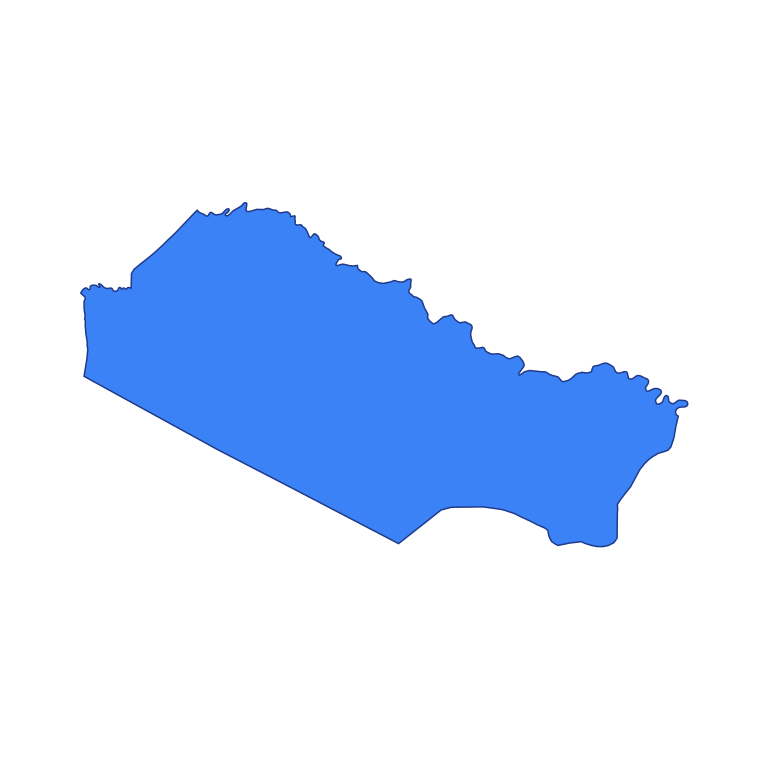 Su-Ngai Kolok, Narathiwat, Thailand (Natural Earth projection), rotated 252°
{"feature_id": "78962969B19527388455587", "entity_name": "Su-Ngai Kolok", "entity_type": "district", "adm_level": 2, "iso_a3": "THA", "parent_name": "Thailand", "parent_adm1": "Narathiwat", "projection": "natural_earth1", "projection_center": [102.011, 6.069], "detail": "fine", "context": "isolated", "style": "filled", "palette": "blue", "viewbox_px": 768, "rotation_deg": 252, "n_neighbors": 0, "source": "geoboundaries", "source_scale": "gbopen_adm2", "svg_char_len": 6171}
<svg xmlns="http://www.w3.org/2000/svg" viewBox="0 0 768 768"><g transform="rotate(252 384 384)"><path d="M606.9,260.2L606.1,258.1L592.0,232.0L587.7,222.9L584.4,216.4L580.3,207.5L576.9,199.1L573.6,190.0L570.4,181.9L567.1,178.0L553.3,173.1L554.3,171.8L554.8,170.5L554.7,169.7L554.0,168.3L554.0,167.7L555.4,166.6L555.9,165.7L555.9,165.3L555.2,164.4L555.2,163.9L555.6,163.4L557.1,163.1L557.5,162.5L557.5,161.9L557.2,161.3L555.5,159.8L555.1,159.1L555.1,157.5L555.4,156.2L556.4,155.4L558.5,155.0L559.2,154.6L559.7,153.7L560.3,150.5L561.1,148.9L562.5,147.5L565.9,145.7L566.9,144.8L567.3,144.1L567.3,143.7L566.9,143.4L564.5,143.9L564.0,143.7L563.9,143.3L563.9,142.9L564.3,142.3L566.1,141.2L566.8,140.5L567.4,139.3L568.0,137.4L568.1,136.2L567.8,135.1L567.4,134.7L565.5,134.0L565.0,133.5L564.8,133.0L564.9,132.5L565.2,132.1L567.0,130.9L567.5,130.2L567.6,129.7L567.5,128.8L566.8,126.7L564.4,123.8L563.6,123.9L559.4,126.4L558.9,126.5L558.1,126.4L557.1,126.0L555.1,124.2L550.0,122.6L547.6,121.9L541.1,120.8L538.4,119.4L536.0,119.4L532.6,118.1L526.4,116.6L523.9,116.0L515.4,114.7L513.3,113.8L508.3,112.9L499.5,109.1L484.0,101.1L373.5,205.0L315.5,262.3L227.7,348.5L246.5,399.3L246.0,409.9L236.5,440.3L228.7,456.4L226.2,460.3L220.5,468.0L214.5,474.1L208.5,480.6L202.7,486.4L197.8,491.9L196.0,493.5L193.5,494.6L189.9,493.9L186.1,494.0L182.4,494.7L178.8,497.5L176.8,499.5L175.8,507.2L175.6,510.2L173.1,522.8L170.3,525.9L166.4,531.4L163.6,536.4L161.8,541.6L161.1,547.2L162.0,553.5L165.3,558.0L189.9,566.3L192.3,567.4L197.5,568.8L201.1,573.4L205.3,579.5L210.0,586.7L223.5,600.8L227.7,607.1L230.6,613.0L232.0,617.4L233.3,623.5L233.1,631.1L233.4,633.9L235.5,637.4L242.9,642.9L254.2,648.9L262.5,654.0L263.8,652.8L264.7,652.5L266.6,652.4L268.0,652.9L269.2,654.0L269.9,655.1L270.5,656.7L270.5,658.4L269.3,663.0L269.3,664.3L269.6,665.4L270.4,666.3L271.9,666.9L273.2,666.8L274.0,666.4L274.7,665.7L275.4,664.7L277.3,660.1L277.4,658.9L277.2,657.8L275.9,653.9L276.1,652.4L276.8,651.4L277.9,650.3L279.2,649.7L280.1,649.6L283.3,650.3L284.4,650.2L284.8,650.0L285.4,649.5L285.8,648.7L285.7,647.8L285.1,646.8L283.9,645.6L281.8,644.2L280.8,643.0L280.3,641.9L279.9,639.7L280.1,638.4L280.5,637.6L281.0,637.3L282.7,636.9L284.1,637.0L284.9,637.4L285.8,638.2L286.5,639.3L288.4,643.1L289.1,644.1L290.4,645.3L291.9,645.4L292.9,645.1L293.9,644.2L295.2,642.5L295.7,641.3L296.1,639.6L296.0,637.2L295.5,633.6L295.7,632.6L296.2,631.7L297.2,631.3L298.9,631.3L300.1,632.1L302.5,635.0L303.6,636.0L305.2,636.5L306.4,636.4L307.0,636.1L307.6,635.7L309.5,633.3L311.5,631.5L312.8,629.9L313.4,628.7L313.6,627.5L313.6,626.1L312.5,623.2L312.2,621.5L312.4,620.5L313.2,618.8L313.6,618.5L314.5,618.3L318.9,618.8L319.9,618.7L320.4,618.4L320.9,617.9L321.4,616.7L321.6,615.1L321.4,612.5L321.9,610.4L322.5,609.3L323.2,608.7L324.2,608.1L328.8,607.5L330.3,606.7L333.8,603.6L335.1,601.9L335.4,601.1L335.8,599.4L335.5,593.3L336.1,589.0L335.7,588.1L333.8,586.4L332.0,585.4L331.5,584.5L331.6,581.8L331.8,580.3L332.7,578.3L333.9,575.9L334.2,571.4L333.8,568.9L332.0,565.3L331.2,563.4L330.7,561.3L330.5,559.8L330.7,555.9L331.2,554.5L331.9,553.9L333.1,553.3L336.2,552.1L337.0,551.6L338.9,548.8L340.1,546.7L341.9,544.5L344.8,542.2L345.7,541.1L347.1,537.3L351.9,526.5L352.2,521.3L351.2,518.4L350.6,515.4L351.4,515.0L352.4,515.4L356.1,520.5L357.8,522.6L358.6,523.1L359.9,523.3L363.1,523.0L367.1,521.5L368.9,520.2L369.4,519.3L369.4,515.2L369.1,512.4L369.2,511.2L369.7,510.2L371.0,508.6L374.6,506.0L375.3,505.2L377.0,502.8L377.8,500.9L378.5,497.8L379.1,496.1L379.9,494.5L383.5,491.0L386.7,490.5L387.9,490.0L388.2,489.5L388.4,488.7L389.0,484.3L389.2,483.7L390.1,482.3L390.7,482.0L393.2,481.8L397.1,480.9L400.8,481.2L403.3,481.5L406.2,482.4L409.5,484.8L410.9,485.4L412.5,485.4L413.8,484.8L415.1,483.3L417.3,481.2L417.9,480.4L418.1,480.0L418.3,477.9L418.8,475.2L419.5,474.1L422.7,471.8L424.3,471.1L427.9,470.5L428.9,469.6L429.0,467.9L428.8,465.0L429.4,462.4L429.4,461.1L429.2,460.4L426.2,453.0L425.9,451.6L426.0,449.6L426.8,448.8L428.1,448.0L429.8,447.0L433.1,445.8L436.9,447.3L441.4,446.5L443.5,446.0L448.3,445.9L450.6,445.8L451.8,445.5L453.4,444.4L456.1,442.1L458.1,438.9L459.4,438.5L461.7,436.7L463.6,436.1L464.4,436.1L465.0,436.5L466.1,437.4L467.6,439.0L468.4,439.5L470.7,440.1L474.6,442.0L475.3,441.9L475.9,441.1L476.1,438.8L476.0,437.5L475.2,434.7L475.2,433.2L476.4,430.1L477.3,428.5L478.2,427.4L479.3,425.4L479.1,422.8L479.1,420.3L479.4,418.9L479.8,415.3L480.1,413.8L481.5,411.2L482.6,409.4L483.9,407.9L485.3,406.7L488.6,405.6L495.1,402.1L496.2,401.3L496.9,400.2L497.8,397.5L498.1,397.1L501.5,395.0L503.1,394.9L504.9,395.4L505.3,393.9L505.5,391.8L505.7,391.2L507.2,387.8L510.0,383.3L510.8,381.5L511.0,379.4L511.0,376.3L511.5,375.3L512.6,375.3L513.4,375.8L516.4,379.4L516.5,379.7L516.3,381.2L516.4,382.1L517.3,382.5L518.4,382.4L519.3,381.8L522.6,377.9L524.5,376.3L526.8,374.6L529.2,373.1L531.3,371.1L534.3,368.9L534.8,369.0L536.1,370.5L537.1,370.8L537.8,370.3L539.2,368.3L540.5,367.4L541.9,367.1L544.3,367.1L545.5,366.6L547.2,365.7L548.1,364.8L548.3,363.5L546.2,360.2L546.1,359.1L546.4,358.6L547.2,358.4L552.1,358.1L554.8,357.6L556.4,357.2L558.9,355.1L560.3,354.9L560.8,354.5L561.3,353.6L561.6,352.1L562.1,350.2L562.6,349.6L563.4,349.1L564.6,349.1L566.1,349.9L566.9,350.1L568.7,350.1L570.2,351.1L571.1,351.2L571.5,351.0L571.6,350.6L572.0,347.0L574.4,347.2L575.8,346.7L576.6,346.2L577.3,345.3L577.9,344.3L578.6,338.8L579.3,337.1L580.0,336.5L582.1,335.5L582.6,335.0L583.9,332.0L586.3,329.0L586.9,327.8L587.2,326.6L587.1,323.8L587.3,322.9L589.0,318.1L589.4,316.6L589.5,314.8L589.4,312.0L589.7,309.1L590.7,306.9L591.2,306.5L591.9,306.4L597.2,309.0L597.8,309.2L598.6,309.1L599.1,308.6L599.3,308.0L599.3,306.7L599.0,306.0L597.7,303.9L596.9,301.5L595.8,296.1L595.2,293.8L592.7,288.8L592.4,287.6L592.5,286.7L592.8,285.9L593.1,285.5L593.5,285.3L594.1,285.4L594.6,285.7L595.4,288.3L596.6,290.0L597.0,290.4L597.7,290.6L598.3,290.5L598.8,290.0L598.9,289.2L598.8,287.9L598.2,286.7L596.5,283.7L596.1,282.5L596.0,281.1L596.5,277.2L597.2,275.7L597.7,275.1L600.4,273.0L600.7,272.5L600.7,271.9L600.5,271.0L598.5,268.9L598.3,268.2L598.4,267.7L598.7,267.0L601.3,264.8L604.0,261.6L605.4,260.7L606.9,260.2Z" fill="#3b82f6" stroke="#1e3a8a" stroke-width="1.5"/></g></svg>